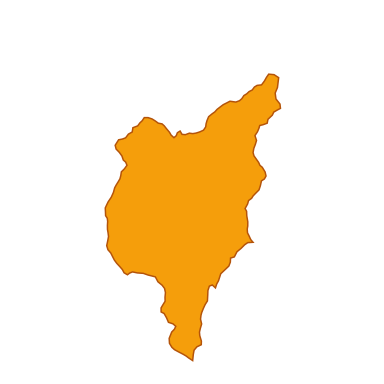 Passa Quatro, Minas Gerais, Brazil (orthographic projection), rotated 302°
{"feature_id": "56859067B53708419118312", "entity_name": "Passa Quatro", "entity_type": "district", "adm_level": 2, "iso_a3": "BRA", "parent_name": "Brazil", "parent_adm1": "Minas Gerais", "projection": "orthographic", "projection_center": [-44.965, -22.402], "detail": "fine", "context": "isolated", "style": "filled", "palette": "amber", "viewbox_px": 384, "rotation_deg": 302, "n_neighbors": 0, "source": "geoboundaries", "source_scale": "gbopen_adm2", "svg_char_len": 2566}
<svg xmlns="http://www.w3.org/2000/svg" viewBox="0 0 384 384"><g transform="rotate(302 192 192)"><path d="M132.5,126.9L128.6,129.6L126.1,131.3L124.8,134.1L122.3,136.1L118.8,138.0L115.4,140.2L113.2,142.2L110.0,144.8L106.2,146.3L101.3,148.1L98.5,151.3L97.2,155.5L95.0,159.1L93.1,162.3L91.6,166.1L90.5,170.2L89.3,174.1L87.5,177.2L87.6,181.1L90.2,182.1L92.7,183.9L94.4,188.5L97.2,193.8L98.3,198.7L99.6,202.7L100.6,205.9L97.8,210.7L97.1,216.1L95.7,219.8L92.6,222.8L88.4,224.9L85.1,227.1L81.8,227.1L77.3,227.2L73.9,229.4L74.2,232.7L71.8,237.1L69.0,241.1L70.1,245.7L69.5,249.4L66.3,249.8L62.5,249.0L55.8,250.2L51.7,253.1L49.6,257.3L49.0,260.7L49.3,265.4L49.7,270.3L49.8,273.9L49.5,277.0L49.4,281.9L54.9,279.2L58.9,277.6L63.3,278.2L67.4,280.8L70.5,279.0L74.3,274.7L77.1,272.6L80.6,271.4L85.2,270.1L88.7,266.6L92.1,265.0L95.0,264.1L99.5,263.3L103.5,262.8L107.8,262.8L113.4,259.7L116.9,257.7L121.4,256.6L123.9,258.5L123.1,262.7L127.1,261.7L130.8,261.5L137.9,259.7L148.7,262.5L152.8,261.7L156.4,259.7L159.4,262.3L165.1,261.8L170.2,263.5L175.1,264.6L178.6,266.1L181.7,270.4L182.8,267.0L184.8,264.0L186.8,260.7L189.8,258.5L192.7,257.3L196.3,255.1L200.8,251.1L204.6,248.5L206.1,245.8L211.3,245.5L214.7,244.5L218.3,245.9L221.1,245.9L224.4,246.6L229.3,247.7L233.4,246.7L238.3,245.0L241.4,246.5L244.8,246.3L247.7,243.4L250.2,238.5L250.6,235.5L252.4,232.8L255.5,225.4L257.8,222.9L261.8,221.3L265.9,220.5L269.9,219.4L273.2,215.5L277.8,215.6L281.5,215.0L284.3,214.2L286.6,216.5L290.2,219.3L293.9,217.9L299.7,219.4L303.1,219.0L306.9,221.0L309.8,222.7L313.2,220.0L315.4,213.9L320.0,210.1L325.9,209.1L329.1,207.6L334.9,204.9L335.0,199.4L332.6,194.6L328.7,194.4L324.5,194.6L319.7,194.2L316.9,190.7L314.1,189.3L310.4,189.0L307.4,187.2L304.3,186.4L301.3,184.9L297.5,184.8L294.6,183.9L291.5,181.5L289.1,176.1L285.9,174.2L282.6,172.2L278.7,170.7L275.4,169.5L272.0,168.9L268.9,167.6L264.7,166.2L260.4,166.9L257.3,167.8L254.5,169.1L250.5,169.0L246.9,166.6L244.1,164.2L241.9,161.7L240.5,158.6L237.1,156.0L235.6,153.0L237.4,149.6L234.5,148.2L231.4,148.8L228.5,147.9L229.2,144.1L230.7,141.3L232.2,136.7L233.4,133.4L233.9,130.5L232.5,126.9L232.8,123.2L232.8,119.4L231.8,115.3L229.8,112.1L226.1,112.0L223.1,111.2L219.3,110.9L215.2,107.8L211.2,109.5L207.4,107.4L202.8,107.0L200.0,104.9L197.4,102.1L194.4,102.1L190.9,102.1L188.2,104.9L187.1,109.3L185.4,113.5L182.7,116.8L182.2,119.9L180.2,122.7L175.8,122.4L171.7,121.4L168.2,122.9L165.0,123.9L161.5,124.0L158.0,124.0L154.6,124.2L149.9,125.6L144.8,126.3L139.3,126.1L135.6,126.5L132.5,126.9Z" fill="#f59e0b" stroke="#b45309" stroke-width="1.5"/></g></svg>